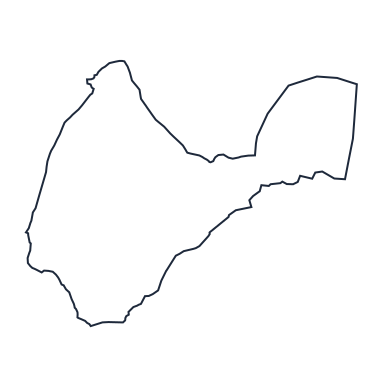 the district of Sanga, Kaduna, Nigeria, rotated 179°
{"feature_id": "59680162B60875368726655", "entity_name": "Sanga", "entity_type": "district", "adm_level": 2, "iso_a3": "NGA", "parent_name": "Nigeria", "parent_adm1": "Kaduna", "projection": "orthographic", "projection_center": [8.467, 9.25], "detail": "fine", "context": "isolated", "style": "outline", "palette": "slate", "viewbox_px": 384, "rotation_deg": 179, "n_neighbors": 0, "source": "geoboundaries", "source_scale": "gbopen_adm2", "svg_char_len": 2803}
<svg xmlns="http://www.w3.org/2000/svg" viewBox="0 0 384 384"><g transform="rotate(179 192 192)"><path d="M38.8,202.1L34.3,223.4L30.2,242.4L29.8,246.5L28.4,261.8L25.3,296.9L28.1,297.8L44.9,303.5L65.1,305.3L74.4,302.5L84.2,299.6L93.6,296.7L115.0,269.0L125.9,246.5L127.2,239.6L128.4,227.5L135.1,227.4L142.4,226.5L144.8,225.7L150.7,224.6L154.9,225.7L159.9,228.9L165.0,228.5L168.0,226.4L169.1,224.8L170.2,222.5L172.9,221.4L174.1,221.7L174.8,222.7L176.6,224.1L179.2,225.5L181.0,226.8L184.0,228.4L192.9,230.5L196.0,231.4L197.1,233.2L197.2,233.5L198.3,235.4L200.3,238.7L203.5,241.9L209.4,247.6L212.2,250.4L212.8,251.0L215.3,253.9L215.4,254.0L218.0,257.0L218.7,257.8L222.0,260.6L224.6,262.8L227.0,264.9L230.0,269.2L231.1,270.8L232.1,272.3L235.3,277.0L235.5,277.3L236.9,279.5L237.5,280.3L238.9,282.4L240.0,284.0L241.3,285.9L241.6,287.5L242.7,295.2L244.0,296.9L245.3,298.6L248.0,301.9L250.1,304.6L251.7,311.1L251.9,312.1L254.2,318.6L255.5,320.7L257.3,323.8L259.7,324.3L262.3,324.3L264.2,324.0L266.4,323.6L272.4,322.3L274.4,320.7L276.5,319.0L279.9,317.1L283.4,313.8L285.2,310.8L287.5,310.4L287.6,308.6L288.5,307.3L290.7,306.5L292.5,306.4L295.0,306.4L294.7,302.3L291.5,301.3L290.5,298.4L289.8,297.7L288.5,296.9L290.0,292.3L292.0,291.0L293.5,289.2L296.4,285.6L300.4,280.6L304.0,276.5L310.1,271.3L312.6,268.7L316.0,265.8L318.2,263.6L320.1,259.3L323.2,251.9L326.1,246.7L328.9,240.9L332.1,235.7L333.4,232.7L336.0,225.2L336.9,220.0L337.6,214.4L344.8,191.3L348.7,178.5L351.5,174.3L351.7,173.1L353.1,166.1L354.1,163.9L355.8,158.7L358.7,154.5L356.6,153.6L356.5,151.5L355.2,144.4L354.1,143.4L354.8,136.2L355.7,134.1L357.5,128.9L357.4,126.1L357.3,123.8L355.6,121.6L355.1,120.9L353.0,118.9L350.9,118.0L348.9,117.0L343.7,114.2L341.3,116.0L340.0,115.9L336.7,115.6L335.9,115.4L332.6,114.7L329.5,111.8L327.3,108.8L326.5,107.3L326.2,106.8L324.0,101.8L321.9,100.9L321.4,99.9L319.7,96.9L317.6,94.9L316.5,93.9L314.2,86.9L312.3,82.7L312.0,81.9L311.7,80.6L311.5,79.8L311.3,78.4L310.0,77.0L308.6,73.8L308.5,71.8L308.7,68.6L308.0,68.1L305.0,66.8L301.1,65.0L299.1,62.9L296.9,61.7L295.6,59.7L283.8,63.2L277.7,63.4L263.3,62.8L261.2,64.7L261.0,65.2L260.8,67.2L260.3,68.2L259.8,69.1L257.4,70.4L257.4,71.1L257.6,73.2L252.7,77.9L252.6,78.0L248.6,79.4L247.5,80.1L245.0,81.0L240.8,88.7L240.2,88.7L237.0,88.8L236.8,88.9L233.0,90.6L227.6,94.2L224.2,103.9L220.7,110.7L219.1,113.8L218.9,113.9L209.3,128.6L205.5,130.4L201.3,133.0L191.7,135.1L189.2,135.8L185.5,137.8L176.3,147.7L175.0,149.7L175.2,151.0L175.0,151.4L155.9,166.4L155.4,168.3L148.5,173.0L132.9,175.9L134.8,182.8L133.6,184.1L131.0,186.9L125.3,190.9L124.3,191.5L122.5,197.6L115.1,196.7L113.3,198.4L103.5,199.3L101.9,200.5L101.5,200.8L97.1,198.3L90.8,198.0L86.1,200.2L83.6,206.3L71.6,203.2L68.4,209.3L61.4,210.2L49.5,203.0L38.8,202.1Z" fill="none" stroke="#1e293b" stroke-width="2"/></g></svg>